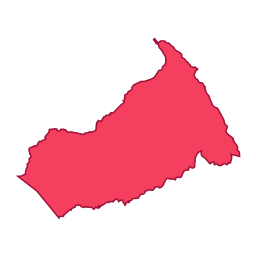 Loreto, Loreto, Peru, rotated 269°
{"feature_id": "86281439B27227740990867", "entity_name": "Loreto", "entity_type": "district", "adm_level": 2, "iso_a3": "PER", "parent_name": "Peru", "parent_adm1": "Loreto", "projection": "albers", "projection_center": [-75.325, -3.761], "detail": "fine", "context": "isolated", "style": "filled", "palette": "rose", "viewbox_px": 256, "rotation_deg": 269, "n_neighbors": 0, "source": "geoboundaries", "source_scale": "gbopen_adm2", "svg_char_len": 5764}
<svg xmlns="http://www.w3.org/2000/svg" viewBox="0 0 256 256"><g transform="rotate(269 128 128)"><path d="M97.6,239.1L101.0,239.0L102.3,238.7L103.1,238.1L103.3,237.4L104.0,236.9L106.7,237.3L108.4,236.7L111.0,234.8L113.1,233.7L113.9,232.8L114.6,232.8L115.4,233.2L118.0,230.4L119.3,228.5L121.9,226.2L122.5,226.0L124.5,226.1L126.1,227.0L127.8,227.4L129.6,225.5L131.1,224.6L133.8,224.1L135.2,223.6L145.9,218.0L146.5,217.2L147.2,215.2L148.5,213.7L149.6,212.9L156.1,210.2L158.3,209.7L162.1,206.7L163.6,206.6L165.7,205.6L167.2,205.9L168.0,205.7L168.8,204.7L170.5,204.0L171.8,202.9L172.0,202.3L171.9,200.9L172.1,200.0L174.5,198.9L176.8,196.3L178.1,195.6L179.5,195.0L181.8,195.7L183.2,196.5L184.3,196.9L184.9,198.1L185.6,198.7L185.9,198.6L186.3,197.7L187.5,196.4L187.9,195.5L187.5,195.0L187.4,194.0L188.9,191.4L190.3,191.1L191.2,189.7L192.5,189.2L193.6,187.5L195.1,186.6L196.4,185.3L196.9,184.2L198.1,183.1L200.0,183.1L201.4,182.4L202.2,181.5L203.3,179.9L204.0,178.4L205.4,176.5L208.4,174.6L209.4,172.8L210.6,171.6L211.9,170.9L212.2,170.0L212.5,167.7L214.0,166.6L214.5,165.6L214.3,164.8L214.5,162.4L214.2,161.7L212.9,159.9L213.0,159.4L214.3,158.0L216.8,156.3L216.9,156.0L215.7,155.1L215.2,155.7L213.6,156.8L211.9,157.7L211.6,158.9L211.0,159.8L207.6,160.7L206.5,161.9L204.8,163.2L199.2,166.4L198.3,166.8L195.1,167.0L192.7,166.8L191.3,166.4L190.5,165.8L188.5,163.5L186.7,163.3L185.8,162.9L185.4,162.4L185.0,159.9L178.6,155.5L177.1,153.5L176.2,151.5L174.3,145.0L174.3,141.5L173.7,141.2L173.5,139.7L173.1,139.3L172.1,136.9L171.3,135.9L171.5,135.4L171.0,134.7L170.6,134.5L170.0,133.6L169.3,133.1L168.6,132.9L168.5,132.7L167.4,132.9L166.3,132.1L164.9,130.2L164.3,128.8L162.4,128.0L161.5,126.0L161.1,125.5L160.6,125.3L159.3,125.5L158.9,125.3L158.7,125.6L158.0,125.4L157.7,125.0L156.1,124.9L155.6,124.3L155.4,123.7L154.2,124.6L153.6,124.4L150.7,120.8L143.7,113.8L143.3,112.9L143.4,111.7L143.7,111.4L143.0,110.5L142.5,110.6L141.8,111.0L141.5,110.9L141.4,110.6L141.8,109.7L141.2,108.4L141.2,107.3L140.6,106.2L140.7,105.8L140.1,105.6L139.7,105.1L139.5,103.9L138.5,103.4L138.0,103.5L137.9,102.9L137.3,102.4L136.8,102.4L136.3,102.1L135.8,101.8L135.8,101.2L135.3,100.8L135.0,100.9L135.3,100.2L135.3,99.6L136.1,98.8L135.7,98.2L134.9,97.8L134.5,97.3L134.3,97.6L133.8,97.6L133.4,97.2L133.5,96.9L132.7,96.4L131.7,96.9L131.0,96.6L130.8,96.7L130.7,96.3L130.0,96.1L129.4,96.1L128.9,96.3L128.0,96.0L127.5,96.1L126.9,95.8L126.2,95.8L126.0,95.2L125.6,94.8L125.6,94.2L125.1,93.6L124.6,92.3L125.0,91.2L124.5,90.6L124.8,89.3L124.1,88.4L123.7,86.6L123.6,84.9L123.1,84.2L122.4,83.9L122.3,82.9L122.7,81.3L123.0,80.6L123.0,79.9L123.4,78.8L124.2,75.4L124.4,73.2L125.1,71.8L124.9,69.2L125.1,67.2L125.6,66.6L126.5,66.3L127.1,65.8L127.3,65.0L128.0,63.2L127.7,62.0L127.9,61.6L127.8,60.7L127.3,60.5L126.8,59.9L126.0,58.1L126.1,57.7L126.7,57.1L127.2,57.0L127.6,57.1L128.2,56.9L128.5,54.4L128.2,52.9L128.2,51.7L127.8,50.3L128.0,49.4L127.6,49.2L126.7,49.3L124.7,48.4L123.4,47.4L122.4,46.3L121.9,46.0L120.9,45.1L119.8,44.9L119.4,45.6L117.9,44.7L116.9,41.8L115.9,40.9L115.8,40.2L116.3,39.6L116.1,39.1L115.2,38.4L114.8,37.9L113.5,37.4L113.0,37.5L112.2,36.3L111.8,36.1L111.6,35.1L111.9,34.2L111.2,33.7L111.4,33.0L110.6,32.1L110.5,31.0L109.4,29.0L108.8,28.7L106.6,28.7L105.4,29.2L103.6,29.4L102.4,30.2L100.9,30.6L100.5,30.5L99.7,29.2L99.4,28.9L98.6,28.7L96.3,28.6L95.4,28.3L93.4,26.5L91.2,26.8L90.5,26.5L88.9,25.5L88.2,25.5L86.1,24.8L83.5,24.6L83.2,23.5L81.7,20.0L81.5,18.8L81.8,17.6L81.7,16.9L66.7,35.7L39.1,57.5L40.3,58.1L40.8,58.6L40.9,60.7L40.7,61.5L40.9,61.6L41.1,62.1L41.4,62.2L41.9,62.1L42.1,62.5L42.7,62.7L43.4,64.1L44.7,65.0L44.6,65.4L45.5,66.1L46.2,67.4L46.5,67.6L47.4,68.0L47.5,69.0L46.9,69.6L47.8,70.1L48.6,70.4L49.8,73.7L51.3,74.2L51.4,74.8L51.9,75.7L51.9,76.7L51.5,77.6L51.4,79.2L50.4,79.6L50.0,80.2L49.9,81.1L49.4,82.0L49.4,82.9L49.6,83.8L50.2,84.4L49.9,85.4L49.4,86.2L49.6,88.4L49.3,90.1L48.3,91.5L47.3,92.3L47.9,93.1L49.6,94.4L49.5,94.7L48.7,95.3L48.7,96.0L49.4,96.4L49.4,96.7L49.1,97.1L48.5,97.3L49.3,98.4L50.2,97.4L50.8,97.4L50.4,98.3L50.2,99.2L50.9,99.6L50.8,100.6L51.6,101.2L51.7,102.3L52.3,102.7L52.7,103.6L53.3,103.9L54.0,105.4L54.2,106.6L53.8,107.6L54.4,107.8L54.5,109.2L54.8,109.7L54.5,111.9L55.2,112.0L55.3,112.5L56.6,114.2L57.6,114.9L56.7,116.3L56.0,116.8L55.1,117.0L54.6,117.4L55.2,118.0L55.3,118.8L55.9,119.1L56.1,120.9L53.5,122.1L52.5,122.8L50.9,123.5L51.0,123.8L51.4,124.2L51.9,124.5L52.7,124.3L52.9,124.4L53.3,125.0L53.4,125.8L53.9,126.3L53.5,127.2L53.5,127.8L53.7,128.1L54.3,127.7L54.8,127.0L55.2,127.1L55.3,129.5L55.7,130.2L57.1,131.5L57.3,132.2L57.5,133.3L57.4,135.0L57.9,135.9L57.8,137.2L59.1,137.8L61.1,139.2L61.5,140.3L61.5,141.7L62.5,143.5L64.2,143.9L64.9,144.3L64.8,145.7L65.0,146.1L65.6,146.6L65.8,148.4L65.3,150.7L65.3,151.7L65.5,152.0L68.1,154.0L68.8,156.1L68.8,157.0L67.6,158.3L67.9,159.8L69.7,161.8L70.3,162.1L70.7,162.5L72.0,162.7L72.8,163.5L75.5,164.8L76.7,165.8L77.0,167.2L76.7,167.9L76.7,168.4L76.1,169.2L76.3,170.7L76.2,172.2L75.4,174.5L76.0,174.8L77.3,175.0L77.6,175.4L78.0,176.9L77.6,178.7L78.1,180.3L78.6,180.7L80.4,181.3L83.9,183.2L84.6,184.3L85.0,186.1L85.0,186.6L84.7,187.0L84.8,187.4L88.2,189.0L88.2,189.6L87.1,191.0L86.9,191.7L87.0,192.8L87.7,193.7L88.2,194.0L89.5,194.1L90.3,194.1L91.6,193.6L92.2,194.3L92.9,194.5L95.6,194.5L98.0,195.2L100.9,196.7L101.7,197.3L102.7,198.4L103.8,200.8L103.9,201.1L102.7,200.8L100.7,200.7L99.2,201.2L98.1,202.2L96.8,204.4L91.1,209.0L90.8,209.8L92.2,211.3L92.5,212.1L92.4,212.6L92.0,213.6L90.4,213.4L90.0,213.6L89.9,214.5L90.5,216.1L89.2,217.8L88.8,218.7L88.9,220.7L90.5,222.9L90.8,223.7L90.7,224.4L89.6,226.0L89.6,226.4L90.1,227.1L91.8,228.2L91.8,228.4L91.3,229.1L91.2,229.7L94.5,230.8L96.4,231.2L97.6,231.2L100.0,230.4L99.2,232.9L98.7,235.7L97.9,237.7L97.6,239.1Z" fill="#f43f5e" stroke="#9f1239" stroke-width="1.5"/></g></svg>